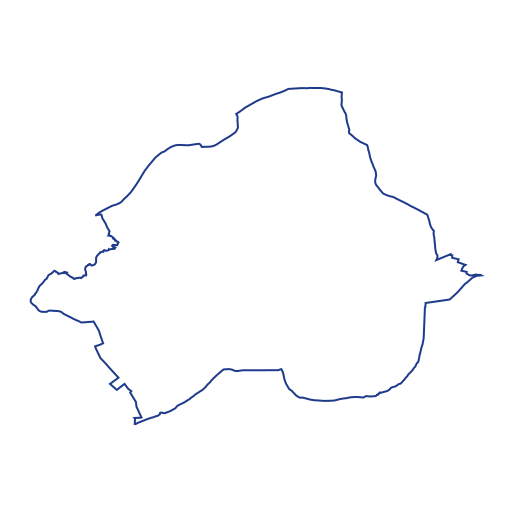 the district of Daia Romana, Alba, Romania
{"feature_id": "2599482B67835289097180", "entity_name": "Daia Romana", "entity_type": "district", "adm_level": 2, "iso_a3": "ROU", "parent_name": "Romania", "parent_adm1": "Alba", "projection": "equal_earth", "projection_center": [23.647, 46.004], "detail": "fine", "context": "isolated", "style": "outline", "palette": "blue", "viewbox_px": 512, "rotation_deg": 0, "n_neighbors": 0, "source": "geoboundaries", "source_scale": "gbopen_adm2", "svg_char_len": 5951}
<svg xmlns="http://www.w3.org/2000/svg" viewBox="0 0 512 512"><path d="M378.0,394.8L378.9,393.8L379.6,392.5L379.9,392.5L380.0,393.0L387.3,391.0L389.6,389.5L390.5,388.3L391.7,387.4L395.0,386.5L396.3,385.9L397.8,384.7L399.3,383.9L400.7,383.6L404.8,379.1L405.5,378.0L407.5,375.9L408.4,374.2L409.5,373.4L412.4,370.3L413.7,368.3L415.3,366.6L416.5,363.9L417.5,362.5L418.1,362.2L418.7,360.3L418.9,358.6L419.3,357.2L419.6,354.9L420.5,352.0L420.8,350.2L421.7,346.7L422.5,344.5L423.6,338.8L423.9,333.3L424.9,307.4L425.4,306.9L425.6,303.0L449.7,299.5L456.9,292.9L458.7,291.0L465.0,283.9L467.0,282.5L472.4,277.7L476.7,275.8L481.3,275.4L480.2,274.8L477.9,275.0L476.2,274.5L471.4,275.5L469.5,275.3L466.5,273.5L466.7,271.9L461.4,270.7L462.3,268.3L463.1,266.9L464.1,265.7L464.9,265.3L465.5,264.9L457.8,262.2L458.6,259.3L452.2,257.8L452.3,255.4L450.6,255.1L450.6,254.2L436.3,260.1L437.1,258.4L437.5,256.5L437.4,255.4L437.0,254.6L436.5,254.1L435.9,252.4L435.4,249.4L434.2,236.9L433.7,234.9L433.6,232.8L433.9,231.0L432.7,229.6L431.6,228.0L430.8,226.6L429.7,223.2L429.3,220.8L427.3,214.7L416.3,208.8L412.6,206.9L411.0,206.2L407.4,204.1L402.2,201.5L396.8,198.9L394.3,197.5L392.6,196.8L390.0,196.3L386.9,195.2L383.6,193.8L382.9,193.3L382.3,192.6L380.2,190.0L379.5,189.3L377.9,187.1L376.4,185.3L375.6,183.8L375.2,182.4L375.2,180.1L375.8,177.1L376.2,175.5L375.7,171.9L375.3,170.6L373.5,166.6L373.0,165.1L372.4,163.6L371.8,162.4L370.7,159.2L370.2,157.6L369.8,155.8L369.2,152.8L368.8,151.4L368.2,149.7L367.8,147.0L367.3,146.0L367.2,145.1L360.0,141.7L354.7,138.0L352.3,135.7L349.1,133.1L348.9,131.5L349.3,129.7L347.1,122.3L346.4,118.4L346.3,115.9L345.6,113.5L344.6,112.0L341.4,105.3L341.9,100.1L341.6,97.1L341.8,93.6L342.0,92.5L340.0,91.9L333.9,90.2L331.0,89.7L329.1,89.1L325.4,88.5L320.8,88.0L312.6,88.0L309.3,87.9L308.2,88.2L301.5,88.1L288.4,88.9L284.3,90.9L280.1,92.6L275.8,93.9L268.9,96.6L263.2,98.2L259.6,99.7L255.5,101.7L244.9,107.8L240.1,111.4L236.2,114.0L237.4,116.0L237.6,117.3L237.4,120.9L237.6,121.3L237.9,127.7L236.5,130.7L235.3,132.4L229.5,136.5L224.1,139.6L216.4,144.6L213.9,145.8L211.6,146.4L209.0,146.7L201.7,146.9L201.3,145.9L200.3,144.5L199.2,143.8L198.3,143.8L194.9,144.3L188.4,145.3L178.1,144.9L175.4,145.3L171.3,146.8L167.4,149.2L164.6,151.4L161.6,152.5L155.7,157.2L148.4,165.9L144.7,170.8L142.5,174.4L138.6,180.9L136.3,184.5L133.9,188.0L130.7,192.4L127.2,196.1L123.5,199.5L121.3,202.0L119.0,203.4L115.3,204.9L112.1,205.8L102.9,210.5L99.5,212.4L96.0,215.1L96.1,215.3L96.6,215.1L99.5,214.6L101.2,214.5L101.4,214.8L101.9,216.1L102.2,218.0L105.6,223.5L106.6,226.0L107.4,227.8L109.6,231.3L108.6,234.1L108.9,234.5L109.2,234.5L109.3,234.9L108.7,235.5L109.2,235.5L109.7,235.5L110.3,236.2L111.0,236.0L112.5,237.0L113.4,237.7L113.0,238.4L113.3,238.7L113.8,239.0L114.5,239.1L115.0,239.3L115.2,239.6L114.9,240.1L115.1,240.6L115.9,240.6L116.3,240.9L116.6,241.5L118.0,241.8L118.5,242.4L118.1,242.9L117.6,244.4L117.3,244.5L117.1,245.2L115.3,245.0L114.8,245.1L114.7,245.2L114.1,245.1L113.0,244.8L112.1,245.8L113.7,247.5L114.8,247.3L115.3,247.6L114.9,248.0L114.8,248.6L114.4,248.9L112.8,248.8L112.2,249.1L111.3,249.0L109.8,249.5L109.2,249.4L108.9,249.2L108.7,250.0L108.3,250.3L106.4,250.7L105.2,250.8L104.3,250.1L103.4,250.6L103.1,251.0L103.2,251.8L102.0,251.8L101.1,252.1L100.3,252.1L99.9,253.2L98.7,253.9L98.4,254.5L97.4,255.4L96.7,256.4L96.2,257.6L96.1,258.0L96.1,261.7L96.0,262.5L95.0,264.1L93.5,265.1L91.6,265.5L90.7,264.7L90.4,264.5L90.1,264.1L89.7,264.0L89.4,264.0L88.8,265.0L88.1,264.9L87.9,265.0L87.7,265.5L85.9,266.6L85.6,267.0L85.1,269.3L86.0,272.3L86.0,272.8L85.8,273.2L86.3,274.1L86.1,274.5L86.1,275.4L84.5,275.5L84.2,275.4L83.6,275.7L83.4,275.7L83.4,276.1L83.1,276.6L82.1,277.3L81.6,277.6L81.2,278.1L80.0,277.6L76.8,278.2L76.7,278.1L75.7,278.2L74.7,278.9L74.2,278.9L74.0,279.0L73.6,278.7L73.2,278.0L72.5,277.5L72.0,277.5L71.5,277.1L70.3,276.6L69.1,275.7L68.0,274.7L67.0,274.0L66.8,274.0L66.3,273.5L66.5,273.4L66.7,272.6L66.8,272.5L64.7,271.9L64.0,272.1L64.2,272.6L64.0,273.1L62.8,273.0L61.1,273.3L59.6,273.6L58.7,274.1L58.3,273.8L58.0,273.0L57.2,272.4L56.4,272.2L56.3,271.8L54.5,270.7L51.5,273.4L48.6,275.1L47.7,276.5L46.9,278.4L46.5,278.8L45.0,279.9L44.2,280.9L43.2,282.5L39.6,285.9L38.4,288.1L37.4,290.5L36.1,292.8L34.9,294.1L35.0,294.4L34.4,295.2L33.3,296.1L31.8,297.5L30.7,299.8L30.7,301.7L31.3,302.8L33.1,304.6L35.5,306.1L37.6,308.9L38.1,309.7L39.0,310.6L40.2,311.3L41.3,311.7L45.2,311.9L46.4,311.8L47.4,311.5L48.5,310.8L49.2,310.6L52.4,310.7L54.3,310.9L57.4,311.0L59.8,311.4L61.2,311.9L63.8,314.0L66.2,315.1L68.0,316.1L70.2,317.1L73.7,319.0L77.8,320.8L79.1,321.3L80.8,322.3L81.6,322.5L92.2,321.7L93.6,321.5L98.7,330.3L99.4,332.2L100.1,334.6L103.1,343.3L99.3,345.0L95.1,346.3L95.4,347.5L100.4,358.0L106.2,364.1L110.1,368.6L118.5,377.7L110.0,383.9L116.8,389.9L124.5,383.9L128.1,388.7L131.3,391.2L130.2,392.6L132.9,397.1L135.9,401.9L136.5,406.8L137.8,409.5L139.5,413.3L141.5,417.5L140.4,417.7L134.4,418.0L135.1,419.1L134.9,420.5L134.8,423.5L134.7,423.9L135.6,424.1L137.5,423.0L147.1,419.2L151.8,417.6L153.0,417.4L155.9,416.2L156.6,416.2L158.1,415.6L158.5,415.3L158.7,415.0L159.8,414.3L159.9,414.2L160.1,412.9L160.3,412.7L161.4,412.6L164.1,413.2L165.1,413.1L165.6,412.9L166.7,412.3L167.3,412.3L170.2,411.1L175.1,408.4L175.6,408.0L176.8,406.4L177.5,405.8L180.2,404.3L181.7,403.7L184.7,402.1L188.7,399.6L189.9,398.9L190.7,398.0L192.0,397.1L193.1,396.4L195.8,394.1L197.7,393.0L200.3,391.2L202.4,390.0L205.4,387.2L207.5,384.6L210.0,382.3L211.4,380.4L216.3,375.6L219.2,373.1L222.4,370.3L223.8,369.4L229.3,369.1L231.9,369.6L234.2,370.6L235.8,371.1L237.8,371.0L242.5,370.3L278.1,370.2L281.3,369.1L282.9,372.2L284.6,379.9L286.1,383.8L289.2,389.1L291.5,390.6L296.5,395.8L299.7,397.6L303.2,397.7L310.3,399.6L313.9,400.2L320.5,400.6L322.9,400.9L329.8,400.8L334.4,400.5L340.4,399.0L344.0,398.4L345.6,398.3L350.5,397.3L356.0,396.9L363.4,397.5L366.0,396.1L370.2,396.5L375.8,396.1L376.5,395.2L377.4,394.4L378.0,394.8Z" fill="none" stroke="#1e3a8a" stroke-width="2"/></svg>